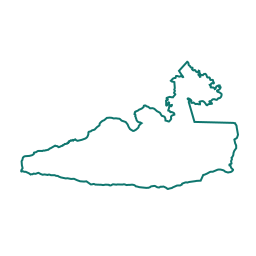 outline of Apulo, Cundinamarca, Colombia, rotated 267°
{"feature_id": "7082276B77880035586372", "entity_name": "Apulo", "entity_type": "district", "adm_level": 2, "iso_a3": "COL", "parent_name": "Colombia", "parent_adm1": "Cundinamarca", "projection": "robinson", "projection_center": [-74.565, 4.536], "detail": "fine", "context": "isolated", "style": "outline", "palette": "teal", "viewbox_px": 256, "rotation_deg": 267, "n_neighbors": 0, "source": "geoboundaries", "source_scale": "gbopen_adm2", "svg_char_len": 5907}
<svg xmlns="http://www.w3.org/2000/svg" viewBox="0 0 256 256"><g transform="rotate(267 128 128)"><path d="M86.7,28.2L86.9,28.5L86.8,30.1L87.4,31.4L87.1,32.9L87.1,33.5L87.8,35.6L87.9,36.3L86.6,38.4L85.8,40.3L86.0,42.2L85.3,45.4L85.6,45.9L85.6,46.5L85.6,47.1L84.9,48.6L84.7,52.3L84.0,53.7L83.8,55.4L83.1,56.4L82.2,58.3L80.9,63.2L81.0,64.9L80.1,68.5L80.1,71.4L78.5,74.5L77.3,77.4L76.8,81.3L76.9,83.7L73.6,87.9L73.6,89.2L73.9,90.4L73.9,91.0L73.2,92.5L72.7,98.4L72.3,100.1L72.6,102.6L72.3,105.8L72.2,106.1L71.8,106.3L71.6,107.2L71.6,107.9L72.5,109.8L72.5,110.5L72.0,113.4L72.2,114.4L71.8,119.3L72.0,121.0L71.8,121.9L71.1,123.5L71.2,125.4L71.1,126.5L71.2,129.1L70.8,130.9L70.3,131.8L69.2,133.0L69.2,133.7L68.3,136.3L67.3,142.8L67.2,145.1L67.7,146.9L68.1,147.3L68.5,148.1L68.8,151.3L68.6,152.1L67.3,154.1L67.0,155.5L67.0,156.2L67.6,157.2L67.7,158.0L67.5,158.6L67.7,160.2L67.3,161.2L66.0,163.4L65.3,164.0L65.0,164.7L65.3,165.7L65.8,168.7L66.3,169.5L68.0,174.0L67.9,177.1L68.7,178.8L69.2,178.9L69.6,179.2L70.6,182.3L70.7,183.2L70.4,184.3L70.9,186.4L71.4,192.4L71.6,193.8L71.6,197.8L77.2,200.7L77.3,201.8L78.4,204.7L79.7,207.3L80.0,208.4L79.9,210.4L81.6,215.1L81.8,216.3L81.7,218.1L80.9,220.7L80.3,221.8L79.3,222.8L78.3,225.6L78.5,226.5L78.6,227.9L79.0,229.1L80.0,230.3L80.6,230.7L80.9,230.7L82.5,229.2L83.2,228.8L84.9,228.4L85.3,227.4L85.9,227.3L86.3,227.5L86.8,229.1L87.1,229.5L89.5,229.2L91.5,230.2L92.8,229.8L93.8,230.8L95.4,231.7L97.7,232.1L99.7,233.0L102.2,235.0L104.9,235.1L107.2,234.2L110.9,233.6L111.1,233.8L111.8,235.3L112.5,236.3L115.5,237.5L123.6,236.5L124.1,236.6L125.3,236.2L126.1,235.5L127.1,235.3L127.6,233.3L130.6,194.7L150.8,190.0L151.8,190.6L152.4,190.7L153.5,189.4L154.0,189.1L154.4,189.4L154.4,189.9L153.8,191.1L152.7,192.3L152.0,192.7L150.8,192.4L149.9,192.6L149.7,193.2L150.0,194.8L148.4,196.6L148.5,198.5L148.0,199.7L147.9,201.1L148.7,201.2L150.5,200.8L150.7,201.2L151.0,203.5L150.7,204.6L149.8,205.6L148.5,206.6L147.2,207.3L146.7,207.8L146.6,208.3L147.6,209.5L147.8,212.9L147.9,213.1L148.4,213.0L149.6,211.0L150.0,210.6L150.3,210.7L150.5,210.9L150.5,212.2L152.1,213.9L152.2,214.4L152.3,215.5L151.5,217.7L151.6,218.4L153.0,219.8L153.0,220.9L153.2,221.4L154.1,222.4L154.8,222.8L156.1,223.2L157.0,223.2L157.5,222.8L158.8,221.2L159.5,219.3L160.2,218.9L160.6,218.9L160.7,219.1L161.8,221.4L163.3,222.5L163.8,222.6L163.9,222.4L164.1,221.2L164.3,221.0L164.5,221.0L165.2,221.9L165.7,221.8L165.8,220.7L164.9,218.5L164.0,218.0L162.5,217.3L162.3,216.7L163.4,216.2L163.9,215.5L164.2,212.8L164.4,212.7L165.3,212.9L166.4,212.0L166.8,211.9L166.8,212.9L167.8,213.3L168.3,213.9L168.4,214.9L168.0,215.5L168.1,215.9L168.5,216.2L170.1,215.5L171.4,215.3L171.7,214.6L171.6,213.1L171.8,212.7L173.9,212.2L174.2,211.9L174.3,210.1L174.5,209.8L176.9,209.0L178.0,208.2L178.0,206.8L176.8,205.5L177.2,204.4L177.1,203.6L176.5,203.2L175.4,203.0L175.3,202.5L176.3,202.1L177.3,201.2L177.6,201.1L178.1,201.3L178.4,202.7L178.7,202.7L179.7,202.2L181.2,202.2L181.5,201.6L180.3,201.0L180.1,200.1L180.8,198.9L182.1,198.2L182.4,197.6L182.1,196.6L182.4,195.8L183.3,195.1L184.1,195.6L184.8,195.5L185.2,193.9L185.4,193.7L186.5,193.2L187.6,192.0L188.0,191.8L189.5,191.8L190.5,191.3L191.0,190.6L182.4,181.9L178.1,184.4L176.6,185.5L176.0,185.7L175.9,185.5L177.0,183.9L177.0,183.2L176.7,182.5L176.6,181.8L177.3,180.1L177.4,179.0L177.4,178.8L175.5,178.0L175.5,176.9L175.0,175.5L172.9,173.3L172.1,174.2L171.7,176.0L171.4,176.7L165.7,176.8L165.0,176.7L163.9,176.2L162.6,176.8L160.7,175.8L159.2,177.0L158.8,176.8L157.4,175.4L156.3,174.5L156.4,173.2L156.9,171.2L156.3,169.0L156.0,168.2L155.8,168.1L154.6,169.2L154.2,169.2L153.8,168.9L153.8,167.8L153.2,167.4L151.7,167.5L148.9,167.3L148.6,167.4L148.4,167.6L148.5,168.0L149.2,169.1L149.9,169.4L151.2,169.6L151.5,170.0L151.2,170.4L149.5,170.1L148.5,170.7L148.4,171.3L148.7,172.6L148.7,173.0L148.3,173.0L147.5,172.4L147.5,171.7L147.7,171.2L147.7,170.6L147.2,170.3L145.2,169.8L143.7,169.1L143.3,169.1L142.8,170.5L141.9,170.9L141.6,171.2L141.7,172.3L141.1,173.7L140.4,174.7L139.7,175.0L138.9,175.0L138.3,173.0L137.8,172.1L136.9,171.5L134.9,171.6L133.8,170.8L132.4,169.4L132.4,168.6L132.9,167.7L133.5,165.8L135.6,165.8L137.2,165.1L137.8,164.2L138.4,162.4L139.9,161.5L141.1,161.0L141.7,160.5L143.3,157.8L145.8,155.3L146.5,153.7L146.5,151.1L148.1,149.3L148.8,147.4L149.5,146.8L149.6,146.3L149.6,145.7L149.4,145.0L148.2,144.7L146.9,143.1L146.1,141.3L145.9,140.3L144.8,138.7L144.1,136.6L143.8,136.0L143.3,136.0L143.0,135.6L142.0,135.6L141.6,135.2L140.7,136.1L139.9,136.1L139.3,135.8L138.2,136.4L137.3,136.4L136.9,136.7L135.3,137.0L133.9,138.0L133.5,138.5L133.1,139.4L132.9,140.6L132.1,141.8L131.2,140.5L129.8,139.1L129.3,138.8L128.5,138.7L127.7,138.2L125.9,135.9L124.9,133.9L124.8,132.9L126.1,130.9L127.0,129.8L129.3,128.6L131.6,127.8L134.1,126.0L135.7,122.0L137.4,120.4L137.8,119.6L137.8,119.0L138.3,116.6L138.3,114.1L139.0,112.4L139.3,110.2L139.2,107.4L137.1,104.7L136.4,102.8L135.3,101.3L134.0,100.0L132.1,99.6L130.5,97.1L128.1,94.5L127.5,91.9L126.6,90.6L126.3,88.8L126.1,88.5L125.5,88.2L123.8,88.1L121.6,87.1L120.9,86.6L119.8,85.1L118.6,81.2L117.9,77.2L117.9,76.7L118.8,75.2L119.4,74.8L119.3,74.3L118.9,73.8L118.9,73.1L118.5,72.7L118.8,72.6L118.9,72.4L118.6,72.1L118.8,71.5L118.3,70.8L118.6,70.1L118.0,69.5L118.1,68.9L117.8,68.3L117.0,68.3L116.7,67.4L116.1,67.4L116.1,66.6L115.6,66.4L115.3,64.8L115.4,64.1L114.7,63.3L114.5,62.3L113.8,61.9L113.6,61.4L113.6,60.6L113.1,59.7L112.6,58.3L112.5,57.5L113.3,56.9L113.7,56.0L113.7,55.2L114.2,54.3L111.8,49.6L111.6,48.8L110.4,47.2L110.4,46.5L110.1,45.5L110.1,44.6L109.8,43.8L109.9,42.2L109.5,41.1L109.6,40.5L109.8,37.7L109.7,36.7L108.6,34.7L108.4,33.0L108.2,32.8L107.2,32.7L106.9,32.5L106.0,31.1L105.8,30.5L105.3,28.1L105.2,23.6L104.8,22.5L103.9,21.5L101.5,20.8L101.1,20.4L100.3,20.0L96.3,20.1L93.7,20.6L93.3,20.6L91.6,19.4L90.3,19.0L89.9,18.5L90.2,19.3L90.3,20.8L89.7,22.1L89.6,23.6L87.9,26.8L86.7,28.2Z" fill="none" stroke="#0f766e" stroke-width="2"/></g></svg>